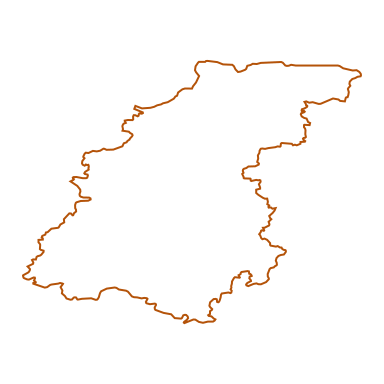 the Region of Nizhegorod
{"feature_id": "RUS-2357", "entity_name": "Nizhegorod", "entity_type": "Region", "adm_level": 1, "iso_a3": "RUS", "parent_name": "Russia", "parent_adm1": "", "projection": "robinson", "projection_center": [44.77, 56.28], "detail": "fine", "context": "isolated", "style": "outline", "palette": "amber", "viewbox_px": 384, "rotation_deg": 0, "n_neighbors": 0, "source": "natural_earth", "source_scale": "10m", "svg_char_len": 5931}
<svg xmlns="http://www.w3.org/2000/svg" viewBox="0 0 384 384"><path d="M248.3,286.1L246.5,285.4L246.1,284.7L246.2,284.3L247.4,282.9L251.0,281.1L250.9,280.3L249.3,278.3L249.7,276.6L251.7,276.0L251.6,275.4L250.5,274.1L249.2,273.7L248.9,271.4L247.5,271.1L241.5,272.0L240.8,272.8L240.5,274.2L238.6,275.2L239.8,277.5L239.6,277.7L234.9,277.2L234.0,278.0L232.0,281.5L231.9,283.6L231.2,286.1L231.4,287.7L230.6,289.3L231.7,290.7L231.3,292.6L230.5,293.1L228.4,292.5L221.8,293.5L221.0,294.8L220.6,297.5L219.6,300.7L218.9,301.9L218.2,302.3L217.1,301.9L216.8,299.3L215.7,298.9L213.6,299.1L210.1,302.3L209.4,305.8L210.2,307.2L212.2,309.1L211.8,310.0L210.0,311.2L210.0,314.0L208.2,315.2L208.7,315.9L211.5,316.4L213.8,318.6L215.4,319.4L214.6,320.6L213.0,321.6L207.9,321.6L203.0,322.8L198.9,321.9L195.3,319.6L193.4,319.5L184.4,323.1L183.8,322.6L184.1,321.9L186.9,319.8L188.1,318.1L187.7,316.5L186.2,315.0L185.0,314.8L183.3,315.3L181.9,318.1L181.1,318.6L174.7,318.1L171.2,314.3L163.6,312.9L155.4,309.9L154.8,308.9L154.7,307.4L156.0,305.0L155.9,304.2L154.9,303.6L149.9,304.2L146.6,303.3L146.2,303.0L145.9,301.9L147.5,298.9L146.8,298.2L144.2,297.9L141.6,298.4L137.2,297.4L134.0,297.2L131.9,296.4L128.0,291.7L126.1,290.7L118.9,289.5L116.5,287.9L114.7,287.5L106.8,288.6L101.1,291.3L100.0,293.2L98.8,297.3L97.7,299.1L97.0,299.7L95.6,299.8L91.2,298.3L82.0,298.8L77.8,299.6L77.3,299.4L76.1,297.5L74.9,297.3L73.7,297.6L72.0,299.5L70.4,299.7L66.5,298.5L64.9,296.0L61.9,293.4L62.4,290.5L60.6,287.1L62.8,284.2L63.0,283.8L62.4,283.5L60.0,283.0L58.3,283.6L51.7,284.5L50.2,284.9L47.2,287.1L44.8,287.6L33.3,283.7L33.3,283.0L35.7,282.3L35.6,281.8L34.0,280.6L35.0,278.3L34.8,277.6L33.6,277.5L28.9,279.6L27.1,279.4L24.0,278.1L23.5,277.6L23.0,275.7L23.1,275.3L28.2,272.5L29.1,271.6L29.9,270.0L30.0,269.1L27.6,266.5L33.1,263.8L33.3,262.5L32.0,260.0L33.1,259.4L35.9,259.5L36.6,256.9L37.6,256.2L40.2,255.5L41.3,254.7L43.6,251.9L43.6,250.7L40.7,249.8L39.9,249.1L40.2,245.0L40.0,244.1L38.5,242.3L38.5,239.9L42.8,239.6L42.8,238.4L41.7,237.4L42.3,235.9L45.3,234.6L45.9,232.5L47.6,232.2L51.4,228.7L58.0,227.8L58.7,227.4L60.4,224.5L64.2,222.4L63.9,219.2L69.3,213.4L71.0,213.5L72.5,215.3L73.2,215.2L74.0,213.2L76.1,211.5L76.0,209.7L75.2,208.2L75.1,205.0L75.8,202.9L76.5,202.3L80.7,201.0L88.2,200.7L90.6,199.5L90.5,198.4L89.1,197.6L83.3,197.5L80.8,196.7L79.8,195.8L79.5,194.1L80.4,191.6L80.2,189.6L77.3,185.9L70.5,181.4L73.5,179.8L73.9,179.2L73.0,178.4L72.8,177.6L73.5,177.1L76.5,177.0L82.8,178.2L86.1,178.2L87.2,177.7L87.9,175.6L87.6,174.6L84.9,174.0L84.3,173.3L85.2,171.8L88.7,169.6L88.4,168.1L88.8,166.9L88.6,165.3L88.3,164.8L87.0,165.1L85.9,164.5L84.7,165.7L82.7,164.7L82.0,163.4L82.3,161.1L84.5,158.2L83.3,157.0L83.3,156.5L84.6,153.8L85.7,152.7L88.5,153.0L92.9,150.9L96.8,151.4L100.2,150.7L103.4,148.7L104.4,148.8L106.5,149.8L113.3,149.6L122.4,146.3L123.8,143.3L126.6,142.3L127.4,141.0L129.6,139.5L129.8,138.7L132.0,136.4L132.6,135.3L132.2,134.2L130.0,132.9L128.9,131.7L122.5,130.7L123.0,129.2L122.4,126.3L122.6,125.3L123.6,123.7L125.8,122.9L124.7,121.0L124.7,120.6L127.9,120.0L132.5,120.1L133.2,119.4L133.1,116.5L133.7,115.2L135.2,115.2L137.7,116.3L138.6,115.7L138.8,114.1L139.4,113.4L141.8,113.7L142.9,113.1L142.8,112.4L134.3,108.9L135.4,105.9L142.0,108.4L150.4,107.8L154.2,106.8L157.2,105.3L161.1,104.4L163.0,103.3L167.7,102.2L173.8,98.7L175.4,96.5L177.1,95.7L178.1,92.5L182.4,89.3L185.0,88.5L192.0,88.6L193.0,86.3L196.0,82.5L199.1,76.0L196.1,72.3L195.0,70.2L195.6,66.3L198.1,62.6L198.9,61.9L205.1,61.9L206.1,61.0L207.5,60.9L217.3,62.1L223.0,64.4L232.3,64.8L233.9,66.2L235.5,69.4L238.0,72.0L240.5,71.6L245.1,69.8L246.2,68.9L247.3,65.8L250.6,65.0L252.7,63.8L256.8,64.0L260.8,62.9L281.2,62.0L282.8,62.7L285.3,65.5L286.9,65.9L288.9,65.7L291.1,64.8L295.5,65.5L337.7,65.5L339.6,66.0L343.2,68.3L352.7,70.5L356.6,70.2L359.3,71.9L360.7,73.7L361.0,75.2L360.6,76.3L357.5,76.8L355.2,78.1L352.3,79.0L349.8,81.6L349.4,83.9L350.3,85.8L348.3,88.1L347.9,89.0L348.8,92.1L348.3,95.1L347.6,97.2L346.3,97.3L345.7,98.0L344.9,101.4L340.1,100.9L338.5,99.5L333.0,98.5L320.6,103.8L318.6,103.9L312.7,102.2L309.2,102.7L306.2,101.4L304.5,101.9L305.8,103.9L306.1,105.3L307.2,105.7L307.3,106.2L306.9,107.0L304.5,108.4L301.9,109.3L301.6,110.7L301.9,111.2L304.0,110.9L304.7,111.7L304.0,112.3L301.2,113.3L300.8,114.2L301.7,116.4L304.1,117.9L306.6,118.6L308.1,122.0L310.1,123.0L309.6,125.1L304.4,124.8L304.0,125.1L304.0,127.2L305.1,128.6L305.5,130.2L305.3,134.2L305.9,137.0L305.2,137.7L303.6,138.0L303.0,138.6L303.4,139.7L305.2,141.1L304.9,141.7L300.5,142.0L300.4,143.8L296.8,145.3L294.9,144.7L293.0,145.3L291.8,143.8L281.8,143.0L280.9,143.6L280.6,146.2L280.0,146.7L277.6,146.4L275.3,147.2L268.3,148.1L265.1,148.9L262.2,148.5L260.7,148.8L259.6,150.7L259.4,152.8L257.9,155.4L258.2,158.6L257.2,161.9L258.9,163.5L258.7,164.6L255.2,166.3L248.4,166.5L246.4,168.0L243.9,168.8L243.1,169.5L242.8,170.9L243.5,172.8L242.2,174.0L243.6,176.9L243.7,178.0L244.2,178.4L250.3,178.6L250.6,178.9L250.7,180.6L251.3,181.0L256.2,179.9L258.3,180.3L259.6,180.0L260.4,180.4L260.6,181.8L258.9,184.2L260.1,187.4L260.1,188.7L256.2,189.7L256.2,193.0L258.3,194.8L262.9,197.8L264.9,198.7L267.2,198.6L267.9,201.9L267.3,204.2L269.2,205.4L268.4,206.9L268.7,207.6L270.8,207.4L272.4,208.7L275.6,208.1L274.6,210.5L272.7,212.9L269.2,216.0L270.2,218.2L271.3,219.2L268.6,221.8L269.3,223.8L269.4,224.7L269.0,225.5L264.6,227.7L263.0,227.8L264.2,230.3L263.8,230.8L261.9,230.3L261.1,230.7L260.7,232.2L259.2,234.2L260.1,235.2L261.3,238.2L262.4,239.2L264.5,238.6L267.1,239.8L270.1,243.1L270.1,244.9L270.6,245.6L275.9,246.6L277.7,246.1L280.0,247.5L281.5,247.5L282.3,249.0L283.6,249.8L285.3,250.1L285.7,250.4L285.9,251.3L285.7,252.1L283.9,254.5L280.8,255.0L278.4,256.0L276.5,258.1L275.8,260.7L276.7,262.7L276.9,264.7L276.6,265.3L274.8,266.3L273.8,267.4L270.7,268.1L269.6,269.1L267.7,274.0L267.8,276.5L268.8,278.3L268.8,279.2L266.1,282.1L260.9,284.3L258.4,284.2L256.5,283.4L253.6,283.9L248.3,286.1Z" fill="none" stroke="#b45309" stroke-width="2"/></svg>